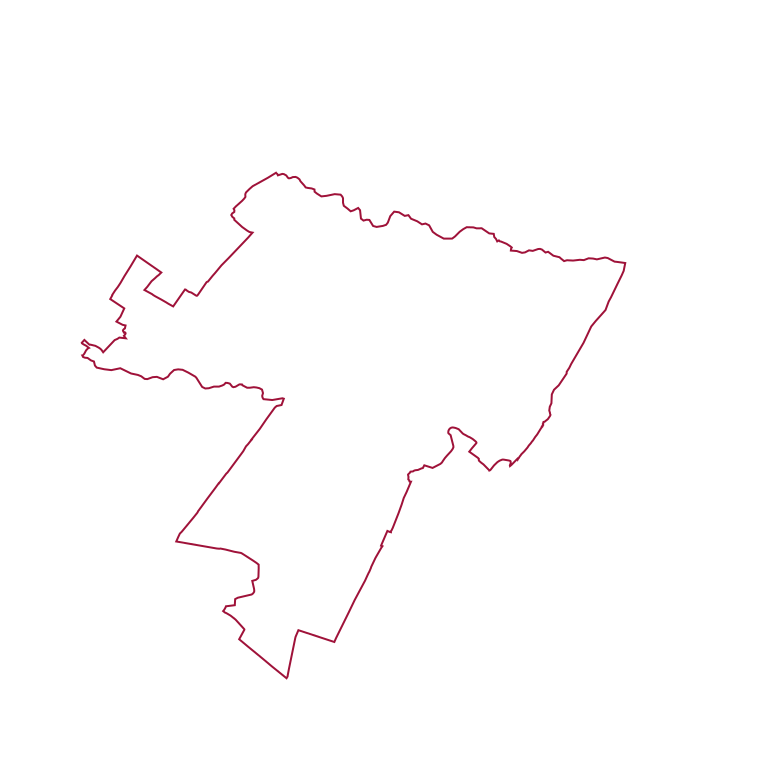 Bucsani, Dâmbovita, Romania (Natural Earth projection), rotated 338°
{"feature_id": "2599482B69669655594172", "entity_name": "Bucsani", "entity_type": "district", "adm_level": 2, "iso_a3": "ROU", "parent_name": "Romania", "parent_adm1": "Dâmbovita", "projection": "natural_earth1", "projection_center": [25.633, 44.864], "detail": "fine", "context": "isolated", "style": "outline", "palette": "rose", "viewbox_px": 768, "rotation_deg": 338, "n_neighbors": 0, "source": "geoboundaries", "source_scale": "gbopen_adm2", "svg_char_len": 6154}
<svg xmlns="http://www.w3.org/2000/svg" viewBox="0 0 768 768"><g transform="rotate(338 384 384)"><path d="M183.4,620.3L185.0,619.1L185.5,618.2L189.1,612.6L206.5,586.4L207.3,585.3L212.4,580.2L241.3,604.6L244.5,601.5L266.7,581.7L266.8,581.6L275.8,573.4L291.0,560.7L292.7,559.3L296.9,555.3L299.3,553.1L299.9,552.7L303.1,549.5L303.6,548.8L311.0,542.0L320.6,534.5L321.4,534.1L321.8,533.8L320.7,532.8L332.1,521.5L334.0,523.4L334.9,524.0L335.2,523.1L336.1,522.6L338.3,520.6L349.2,509.1L355.2,502.4L359.6,497.1L364.4,492.7L372.3,484.8L371.5,484.6L371.1,483.9L371.4,483.0L370.8,481.6L371.9,479.3L372.3,477.1L373.2,476.5L374.1,476.3L375.1,475.7L375.7,475.2L378.1,475.9L379.6,475.6L380.7,475.7L383.3,476.4L387.2,476.3L388.5,476.5L390.9,474.5L397.6,480.0L406.4,479.2L408.3,478.5L409.8,477.4L412.7,475.5L415.6,474.0L420.9,471.5L422.5,470.5L423.5,469.8L424.7,468.6L425.1,467.4L426.6,456.4L425.3,453.9L425.3,453.4L425.6,452.6L426.4,451.3L427.4,450.5L428.3,450.0L429.9,449.7L431.1,449.9L432.3,450.5L433.9,451.6L436.3,453.9L438.5,459.5L439.6,461.0L440.3,461.7L442.3,464.3L443.5,465.4L445.6,468.2L447.1,470.9L447.7,472.2L447.8,472.8L447.5,473.4L441.5,476.5L437.7,478.7L443.5,487.8L443.9,489.0L443.4,489.8L443.4,490.9L444.7,493.5L446.1,495.8L449.2,503.3L449.2,503.7L450.0,503.7L450.8,503.4L455.5,500.7L459.9,498.9L462.5,498.4L464.4,498.4L465.3,498.4L466.4,498.8L470.8,501.5L471.9,502.3L472.3,502.8L472.4,503.1L471.9,504.8L470.2,506.6L470.1,507.3L472.0,506.7L479.7,503.3L479.7,504.1L480.3,503.6L481.6,502.9L482.4,502.2L484.0,501.3L485.0,500.6L488.8,499.0L493.2,496.7L495.2,495.3L497.8,494.0L499.8,492.7L500.9,492.2L504.3,489.8L507.1,488.2L512.8,484.0L514.1,483.2L514.8,482.9L514.6,482.4L515.8,481.9L516.3,481.6L516.2,480.7L516.3,480.5L516.7,480.4L517.0,480.0L517.3,479.2L517.7,478.9L518.7,479.2L519.9,478.8L522.7,478.0L525.9,475.9L526.8,475.0L526.8,473.9L527.1,472.8L527.3,470.5L529.2,467.2L532.0,464.6L535.7,456.5L539.5,453.0L545.5,450.7L557.2,442.8L558.0,441.1L561.9,438.4L565.1,435.5L584.4,420.6L597.7,408.3L603.9,404.9L617.1,398.4L623.2,391.7L627.0,388.6L637.8,378.8L645.1,372.3L648.6,368.9L653.0,362.2L646.2,358.3L643.6,356.9L638.6,351.0L636.2,349.5L628.1,348.2L624.8,346.0L620.8,344.1L615.7,344.0L612.1,342.2L605.6,340.4L600.0,337.8L597.0,337.5L594.9,333.7L594.2,332.2L589.1,328.5L585.7,322.9L583.0,322.6L580.8,318.5L579.3,317.2L577.5,316.6L571.8,316.3L568.5,314.4L564.0,314.8L561.1,314.1L557.0,310.5L551.6,307.8L552.4,306.3L553.6,305.3L552.6,303.5L550.2,300.0L545.8,295.7L544.7,295.0L544.3,293.9L542.4,294.2L542.2,291.5L541.3,289.0L542.0,285.9L538.0,283.8L532.9,276.2L528.2,274.4L525.6,272.3L519.4,269.6L515.5,270.1L511.2,271.2L505.1,273.8L501.7,274.7L493.9,271.6L488.7,265.3L486.2,261.2L485.3,253.8L482.6,250.8L479.0,250.2L475.8,245.6L471.0,240.9L469.9,236.6L466.2,235.9L462.2,230.4L458.0,228.0L452.7,230.7L448.0,235.8L445.6,237.2L442.2,237.0L436.0,235.6L433.1,233.4L431.9,226.4L429.5,225.2L426.2,224.8L424.6,222.0L426.9,213.9L426.0,211.1L420.9,211.6L417.8,211.4L415.9,207.7L413.5,203.7L413.9,200.6L415.6,196.4L415.5,194.5L414.7,192.2L409.4,189.5L401.2,188.0L396.2,186.6L393.2,182.4L391.7,179.7L392.4,177.6L390.2,175.6L386.7,173.6L385.0,172.4L384.4,170.0L382.5,164.8L382.3,162.6L381.0,160.3L379.6,158.9L377.0,158.0L374.7,158.1L372.9,157.7L372.2,156.8L371.5,154.0L369.8,151.9L368.4,151.1L363.8,150.8L363.8,149.4L363.1,148.2L363.0,147.7L353.5,149.3L336.3,151.4L332.3,152.8L327.8,154.7L326.8,155.7L326.3,156.5L325.6,158.6L323.9,159.7L321.1,161.0L313.3,163.8L310.2,165.2L310.4,166.8L309.6,168.4L307.1,169.0L305.7,170.1L306.0,172.2L307.2,174.4L306.7,175.7L311.3,185.3L314.5,190.4L316.2,192.7L318.8,194.4L313.0,197.3L306.4,200.3L287.2,209.0L277.7,213.1L269.0,217.8L265.6,219.5L259.1,223.1L258.1,223.0L257.5,223.2L245.8,231.0L244.5,231.8L243.9,232.1L243.3,232.0L242.8,231.5L239.6,227.0L237.6,225.5L236.4,223.8L235.5,222.2L234.9,221.8L234.6,222.0L217.6,233.1L214.2,228.9L212.6,226.7L209.0,222.1L204.7,216.9L203.3,215.0L202.7,213.9L197.1,207.1L200.8,205.3L207.0,201.6L211.1,200.2L213.9,199.1L215.9,198.6L219.3,197.2L203.1,172.4L193.2,179.9L183.8,186.7L177.5,191.6L173.6,194.3L169.7,196.6L165.4,199.6L165.2,199.8L165.2,200.1L162.0,202.7L171.5,216.6L164.8,222.9L159.3,225.9L163.8,231.2L166.3,232.9L164.6,235.4L163.6,235.6L162.5,236.1L161.9,236.8L162.0,238.0L162.2,239.0L163.0,238.9L163.4,239.5L163.4,240.2L162.8,240.9L161.8,241.5L160.9,241.9L161.7,244.9L156.0,241.8L153.8,242.3L150.7,242.4L135.5,249.4L134.8,246.4L134.1,244.9L133.1,243.4L130.7,240.5L126.5,237.5L125.9,237.4L125.4,236.8L122.7,230.9L119.2,232.6L119.2,233.1L120.1,234.5L122.2,237.0L123.9,240.0L123.0,240.0L120.4,241.2L117.4,243.7L115.2,244.8L115.0,244.7L115.1,246.2L116.6,247.6L118.9,248.8L121.1,252.3L123.5,254.5L122.9,258.6L123.8,261.2L130.1,265.5L136.4,269.0L145.4,270.6L153.4,279.5L159.2,283.4L161.8,285.9L164.0,289.6L166.4,290.8L172.0,291.0L176.1,292.3L181.0,296.9L186.4,296.3L189.5,294.3L194.6,292.4L198.6,293.3L202.6,295.4L206.8,300.1L211.8,306.5L212.4,308.1L214.3,318.6L216.6,321.2L220.0,322.3L225.3,322.7L230.1,324.6L233.6,324.8L235.6,324.6L237.6,323.6L239.3,324.4L241.2,325.9L242.3,329.6L243.1,330.5L245.3,330.9L247.8,330.5L249.8,330.2L251.3,330.8L252.3,331.4L252.2,332.1L255.7,336.2L258.2,337.2L262.1,338.2L264.5,339.5L266.9,341.2L268.8,343.5L268.4,347.1L266.6,349.4L266.3,351.2L266.6,352.9L274.4,357.0L284.5,359.2L285.6,360.1L281.1,365.1L276.2,364.2L273.9,365.0L261.6,372.7L252.0,379.1L240.2,385.9L240.4,386.1L239.0,386.8L235.3,388.9L232.7,390.1L228.3,393.6L224.9,395.7L207.6,406.3L205.6,407.5L204.2,408.0L193.7,414.3L193.6,414.1L188.5,417.3L177.4,424.0L173.7,426.3L163.7,432.5L163.1,433.2L157.6,436.3L141.9,444.8L140.7,445.4L138.7,446.2L136.1,448.6L132.4,452.2L167.2,473.8L169.5,475.0L170.7,475.3L175.0,478.1L182.4,483.5L188.0,487.0L188.6,487.6L196.4,498.6L198.8,502.2L200.1,504.5L198.7,508.1L195.4,515.6L194.7,516.6L193.9,517.0L191.9,517.6L188.1,517.2L186.8,525.2L186.4,526.7L185.8,528.0L184.2,529.1L182.5,529.6L168.4,527.4L165.4,527.7L162.8,533.2L154.2,530.9L153.6,531.6L152.4,532.6L151.1,533.6L149.8,534.3L150.9,536.3L152.1,537.5L155.0,541.3L158.1,546.8L162.6,559.0L162.5,559.5L154.1,566.4L159.5,576.5L168.4,592.8L174.3,603.9L183.4,620.3Z" fill="none" stroke="#9f1239" stroke-width="2"/></g></svg>